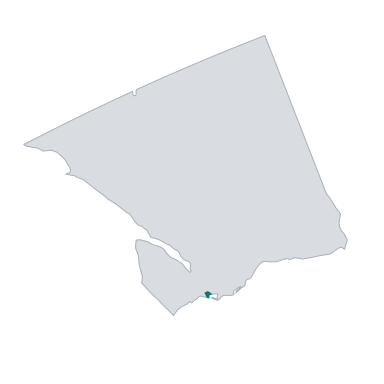 location of Al-Ganoub, Bur Sa`id, Egypt, rotated 155°
{"feature_id": "37247803B91562573257971", "entity_name": "Al-Ganoub", "entity_type": "district", "adm_level": 2, "iso_a3": "EGY", "parent_name": "Egypt", "parent_adm1": "Bur Sa`id", "projection": "albers", "projection_center": [32.225, 31.141], "detail": "fine", "context": "in_parent", "style": "filled", "palette": "teal", "viewbox_px": 384, "rotation_deg": 155, "n_neighbors": 0, "source": "geoboundaries", "source_scale": "gbopen_adm2", "svg_char_len": 4291}
<svg xmlns="http://www.w3.org/2000/svg" viewBox="0 0 384 384"><g transform="rotate(155 192 192)"><path d="M324.2,306.2L316.9,306.5L309.6,306.7L302.3,307.0L295.0,307.2L287.7,307.4L280.4,307.6L273.1,307.8L265.8,307.9L258.5,308.1L251.2,308.2L243.9,308.2L236.6,308.3L229.3,308.3L222.0,308.4L214.7,308.3L207.4,308.3L203.3,308.3L204.0,306.2L204.4,304.7L204.0,303.7L202.5,303.4L201.6,303.8L199.4,308.1L198.3,308.3L195.7,308.3L187.2,308.1L178.7,308.0L170.2,307.9L161.7,307.7L153.2,307.4L144.7,307.2L136.2,306.9L127.7,306.6L119.2,306.3L110.7,305.9L102.2,305.5L93.8,305.1L85.3,304.6L76.8,304.1L68.3,303.6L59.8,303.1L60.2,297.8L60.5,292.6L60.9,287.3L61.2,282.1L61.6,276.8L61.9,271.5L62.2,266.3L62.6,261.0L62.9,255.7L63.3,250.4L63.6,245.2L64.0,239.9L64.3,234.6L64.7,229.3L65.0,224.0L65.4,218.7L65.7,213.5L66.0,208.2L66.4,202.9L66.7,197.6L67.1,192.3L67.4,187.0L67.8,181.7L68.1,176.4L68.5,171.1L68.8,165.8L69.2,160.5L69.5,155.2L69.9,149.9L70.2,144.5L70.6,139.2L70.9,133.9L70.8,132.9L69.9,129.2L69.2,124.6L68.4,118.9L68.4,117.0L66.9,111.1L66.8,109.4L67.4,108.3L70.8,103.6L71.9,101.3L72.8,98.5L73.2,96.2L72.6,92.6L71.7,89.3L71.6,86.0L71.7,82.8L73.4,80.7L75.4,78.8L76.2,77.6L77.3,76.3L78.2,75.6L79.5,78.6L82.6,79.3L93.1,77.4L104.3,80.6L110.6,81.9L120.1,84.5L125.9,88.7L127.5,89.2L131.7,89.3L134.4,91.8L145.5,93.3L151.4,96.0L154.7,98.2L156.7,98.8L158.5,98.8L160.9,98.1L164.0,96.7L167.3,94.8L174.3,89.9L176.8,89.0L178.3,89.3L180.3,89.2L181.1,87.9L182.1,86.9L182.8,85.9L183.8,84.6L187.4,84.3L194.6,82.1L193.8,83.2L187.2,85.6L190.0,85.9L192.9,85.1L196.1,84.6L196.7,83.6L197.2,81.6L197.8,81.3L200.0,81.7L206.7,84.8L208.3,84.9L213.1,83.2L214.1,82.9L215.6,83.8L219.1,87.6L217.8,87.6L214.1,84.3L213.8,85.9L211.7,88.8L214.3,90.0L216.5,90.5L217.6,92.1L218.4,93.5L220.5,92.9L222.0,91.0L221.2,89.9L220.7,88.8L221.4,88.7L222.9,89.7L227.1,93.3L228.5,94.1L230.2,94.0L233.6,92.9L234.6,93.1L239.2,91.7L239.8,92.7L240.5,93.6L244.3,92.5L250.1,92.4L254.9,91.2L260.4,88.2L260.8,87.7L261.1,88.4L261.8,90.4L263.6,95.4L265.2,99.4L267.1,104.8L267.7,106.9L268.0,108.4L270.7,114.4L272.4,119.3L273.7,123.3L275.4,129.1L276.2,131.2L275.0,132.3L272.8,136.1L270.6,148.3L267.3,157.9L267.0,163.8L266.4,166.0L264.8,169.0L262.8,172.0L259.1,170.6L253.0,165.5L249.5,160.6L245.7,157.5L242.2,153.3L241.2,150.3L241.2,148.3L239.6,143.6L238.5,141.3L234.2,136.3L233.0,133.6L232.0,132.4L231.1,130.8L229.5,124.2L227.9,120.0L226.0,121.2L226.3,123.0L224.6,125.4L223.6,128.2L224.4,130.5L227.9,134.0L228.6,135.5L229.4,138.8L229.3,143.3L229.9,144.8L232.5,148.2L233.4,150.1L234.0,151.9L234.9,153.4L237.5,156.3L241.3,161.8L244.9,165.5L247.5,167.3L248.6,169.1L248.9,173.7L248.7,176.0L251.1,180.1L251.9,182.2L254.2,183.9L255.2,185.9L256.2,189.1L257.7,198.5L259.7,200.8L265.9,213.1L271.1,220.9L273.6,226.7L277.6,233.8L285.3,249.2L289.9,253.9L291.7,256.6L295.0,258.6L298.5,261.5L295.2,261.3L294.4,261.5L293.2,262.1L292.7,263.9L292.5,265.4L293.2,273.3L294.2,277.3L297.4,284.9L299.7,287.1L300.8,288.5L302.3,289.6L309.4,291.9L313.7,297.3L323.1,303.8L324.1,305.7L324.2,306.2Z" fill="#d9dde1" stroke="#a8b0b8" stroke-width="1"/><path d="M222.6,94.8L222.6,94.0L222.5,91.5L222.4,90.5L222.4,90.3L222.4,90.2L222.2,90.2L221.9,90.1L221.7,89.9L221.7,90.0L221.8,90.1L221.9,90.3L222.0,90.4L222.0,90.5L222.0,91.2L222.1,91.7L221.9,91.8L221.7,91.8L221.8,92.0L221.9,92.3L221.9,92.5L221.9,92.9L221.7,93.0L221.6,93.3L221.3,93.7L221.0,93.7L220.9,93.7L220.7,93.5L220.6,93.4L220.6,93.2L220.5,92.9L220.5,92.6L220.5,92.3L220.4,92.1L220.5,91.9L220.4,91.8L220.2,91.8L220.2,91.7L220.3,91.6L220.2,91.6L220.1,91.8L220.0,91.7L219.9,91.7L219.8,91.8L220.0,91.9L219.9,91.9L219.9,92.0L219.7,92.0L219.8,92.1L220.0,92.1L220.3,92.1L220.3,92.4L220.2,92.3L220.0,92.6L219.9,92.6L219.7,92.6L219.5,92.9L219.5,93.0L219.4,93.0L219.2,93.0L218.9,93.1L218.7,93.0L218.7,92.8L218.8,93.4L219.4,93.8L219.9,94.1L220.0,94.8L222.6,94.8ZM219.5,92.5L219.6,92.4L219.4,92.2L219.2,92.2L219.1,91.8L218.9,91.8L218.6,91.7L218.4,91.6L218.2,91.4L218.0,91.5L218.2,91.8L218.5,91.9L218.8,92.0L219.1,92.3L219.3,92.5L219.5,92.5L219.5,92.5ZM221.2,90.7L221.0,90.8L220.9,90.8L221.0,91.0L221.3,91.1L221.4,91.3L221.4,91.5L221.5,91.5L221.5,91.4L221.5,91.2L221.4,91.1L221.3,90.9L221.5,90.9L221.6,91.0L221.8,91.0L221.9,90.9L222.0,90.9L221.9,90.8L221.7,90.8L221.4,90.8L221.2,90.7Z" fill="#14b8a6" stroke="#0f766e" stroke-width="1.5"/></g></svg>